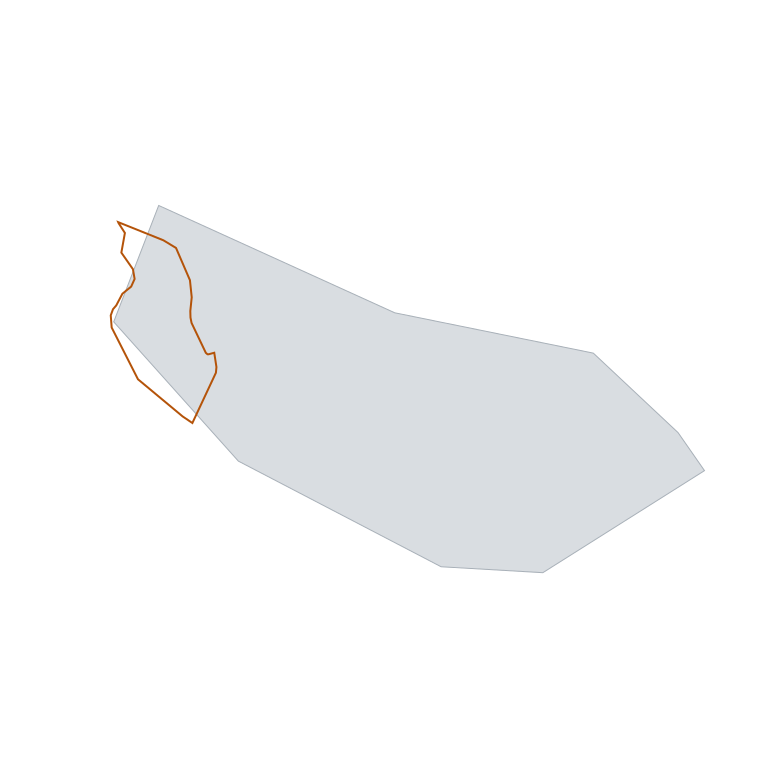 Saint Patrick highlighted on a map of Dominica, rotated 126°
{"feature_id": "DMA-1439", "entity_name": "Saint Patrick", "entity_type": "Parish", "adm_level": 1, "iso_a3": "DMA", "parent_name": "Dominica", "parent_adm1": "", "projection": "robinson", "projection_center": [-61.309, 15.272], "detail": "fine", "context": "in_parent", "style": "outline", "palette": "amber", "viewbox_px": 768, "rotation_deg": 126, "n_neighbors": 0, "source": "natural_earth", "source_scale": "10m", "svg_char_len": 695}
<svg xmlns="http://www.w3.org/2000/svg" viewBox="0 0 768 768"><g transform="rotate(126 384 384)"><path d="M492.6,639.2L372.0,671.2L320.1,417.2L236.0,232.8L250.5,117.5L265.7,73.8L443.3,144.6L498.3,230.4L532.0,456.5L492.6,639.2Z" fill="#d9dde1" stroke="#a8b0b8" stroke-width="1"/><path d="M528.2,516.1L528.6,527.8L524.8,585.8L498.4,637.5L489.1,645.4L482.8,647.2L477.8,646.8L464.7,648.7L453.8,645.8L445.6,647.5L438.7,654.6L432.1,673.7L414.1,682.4L409.9,693.2L409.3,694.2L397.4,646.9L396.2,632.2L414.1,602.0L426.9,590.5L438.8,583.6L444.0,579.6L447.7,575.6L463.5,546.5L463.7,544.3L463.1,543.4L458.5,539.7L468.8,529.5L473.7,526.6L528.2,516.1Z" fill="none" stroke="#b45309" stroke-width="2"/></g></svg>